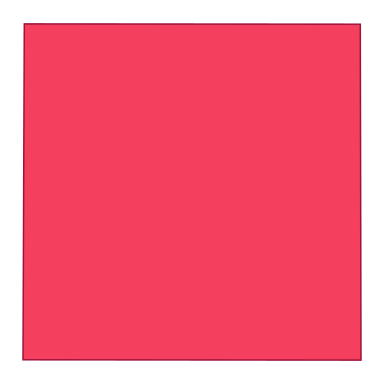 the district of Clay, Iowa, United States of America
{"feature_id": "52423323B36329758644763", "entity_name": "Clay", "entity_type": "district", "adm_level": 2, "iso_a3": "USA", "parent_name": "United States of America", "parent_adm1": "Iowa", "projection": "albers", "projection_center": [-95.104, 43.082], "detail": "fine", "context": "isolated", "style": "filled", "palette": "rose", "viewbox_px": 384, "rotation_deg": 0, "n_neighbors": 0, "source": "geoboundaries", "source_scale": "gbopen_adm2", "svg_char_len": 187}
<svg xmlns="http://www.w3.org/2000/svg" viewBox="0 0 384 384"><path d="M360.3,24.2L24.3,23.9L23.0,359.8L361.0,360.1L360.3,24.2Z" fill="#f43f5e" stroke="#9f1239" stroke-width="1.5"/></svg>